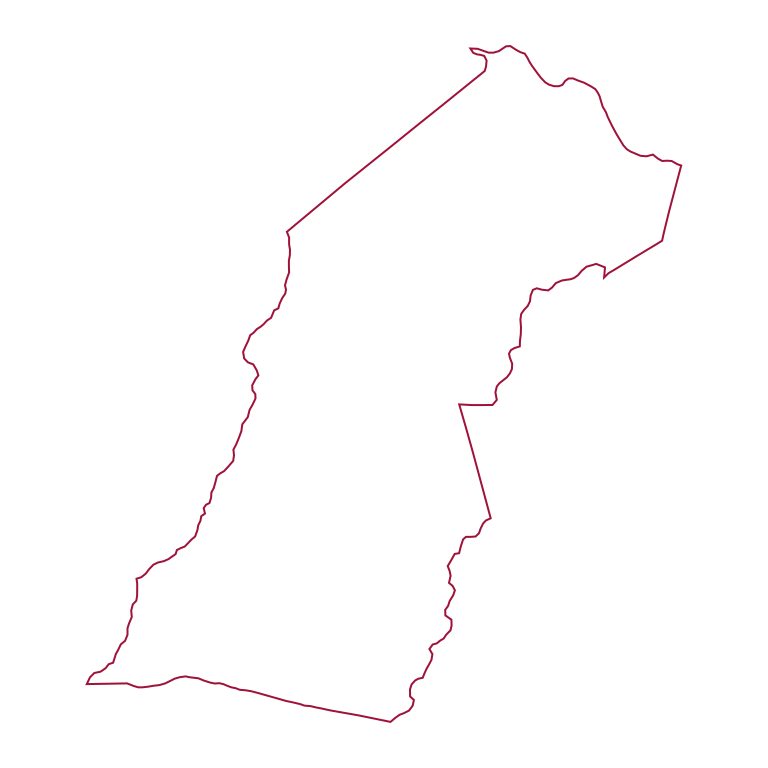 outline of Amontada, Ceará, Brazil
{"feature_id": "56859067B90853545828337", "entity_name": "Amontada", "entity_type": "district", "adm_level": 2, "iso_a3": "BRA", "parent_name": "Brazil", "parent_adm1": "Ceará", "projection": "natural_earth1", "projection_center": [-39.792, -3.231], "detail": "fine", "context": "isolated", "style": "outline", "palette": "rose", "viewbox_px": 768, "rotation_deg": 0, "n_neighbors": 0, "source": "geoboundaries", "source_scale": "gbopen_adm2", "svg_char_len": 3770}
<svg xmlns="http://www.w3.org/2000/svg" viewBox="0 0 768 768"><path d="M203.7,508.2L205.0,513.6L201.3,516.1L200.4,520.9L198.2,525.4L197.4,530.2L195.1,536.5L191.3,539.7L187.9,543.3L184.7,546.6L181.0,548.0L176.9,550.0L175.6,554.1L172.0,556.6L168.5,559.1L164.0,561.1L158.0,562.5L153.4,564.7L149.0,569.3L145.8,573.6L141.3,577.2L136.5,578.7L137.2,583.5L137.2,588.9L137.1,596.0L136.3,600.7L132.8,604.4L131.2,610.6L131.8,617.0L129.1,623.3L127.5,628.3L127.5,634.8L125.1,640.8L120.8,644.4L118.0,650.2L115.8,654.1L114.6,658.1L113.1,662.7L108.7,664.2L105.5,668.3L100.5,671.7L94.3,673.0L90.0,677.3L86.8,684.1L127.1,683.4L133.7,686.0L138.2,687.3L142.5,687.3L148.0,686.7L153.9,685.7L159.3,685.1L165.2,683.4L170.5,680.8L174.6,678.7L179.7,677.2L185.7,676.4L190.0,677.3L194.2,677.8L198.4,678.3L203.7,680.5L209.9,682.5L214.6,683.5L219.5,683.2L223.5,684.2L227.3,685.8L231.2,687.3L235.7,688.2L239.8,689.8L245.8,690.3L251.6,691.3L258.0,693.0L285.9,700.9L295.2,702.9L300.8,704.3L304.3,705.6L310.4,706.1L315.9,707.4L322.1,708.6L327.9,709.9L331.4,710.6L358.7,715.4L390.5,721.9L395.0,718.1L399.7,714.7L403.6,713.3L409.0,710.6L412.7,705.6L413.9,700.0L410.1,696.5L410.0,689.4L411.6,684.4L415.1,680.5L418.4,678.7L422.7,677.8L424.8,672.6L426.7,668.5L429.3,664.0L431.5,659.7L432.4,654.1L429.4,649.0L432.7,644.5L436.8,643.4L440.3,640.5L443.6,638.6L446.3,634.6L450.5,630.3L451.6,625.5L451.4,619.7L445.4,615.4L445.2,609.9L448.1,605.9L449.7,600.9L453.2,595.3L454.9,590.3L452.6,585.9L449.0,582.9L450.6,575.8L449.6,570.9L447.7,566.1L451.1,560.4L454.7,553.9L459.1,553.2L460.8,546.4L463.1,539.4L465.9,536.9L469.8,536.9L475.6,536.5L479.0,533.2L480.6,528.6L483.1,523.5L486.0,520.4L490.7,518.3L473.2,453.5L469.2,439.2L465.5,426.1L459.2,404.4L472.5,405.1L492.5,405.0L496.8,399.9L495.4,392.4L496.8,386.5L499.3,383.3L503.0,380.4L506.9,377.3L509.9,373.4L511.9,369.1L512.2,363.7L509.9,357.8L509.0,353.7L510.9,350.1L514.6,348.0L519.8,346.4L520.0,340.6L520.8,334.2L521.0,327.2L520.4,319.5L521.2,313.9L524.1,309.8L527.7,306.0L530.0,301.2L530.6,295.6L532.9,289.9L536.8,288.3L541.9,289.7L548.2,290.4L552.1,287.5L555.8,283.1L561.9,280.5L566.3,279.8L570.2,279.3L573.9,278.1L578.0,275.2L581.6,270.9L586.5,266.7L591.5,265.3L596.2,263.9L601.5,266.0L605.0,267.4L604.1,277.5L608.5,273.2L614.0,270.0L637.2,255.8L658.6,242.9L662.1,240.7L663.7,233.4L666.0,223.9L669.3,210.5L681.2,165.5L677.3,164.2L671.7,161.0L666.9,160.7L662.2,161.0L658.1,158.7L652.9,154.6L646.5,156.3L640.6,155.8L636.3,154.0L630.6,151.6L626.9,149.3L623.4,145.4L619.1,138.4L616.4,133.9L612.1,126.0L607.6,116.7L606.0,112.3L602.7,106.7L601.1,101.5L599.6,96.3L597.8,92.7L595.3,89.1L591.0,86.4L584.1,82.7L577.9,80.5L573.0,78.4L568.5,78.5L565.2,80.9L562.4,84.9L558.9,86.2L554.0,86.2L548.9,84.6L545.2,82.3L540.9,77.8L538.4,74.6L532.1,66.0L529.4,61.7L527.5,57.9L524.7,53.6L520.4,52.2L515.9,49.7L510.4,46.1L506.1,46.3L502.6,48.6L498.9,51.1L493.4,52.7L488.7,52.7L483.5,50.9L477.6,48.8L470.4,48.5L473.3,52.9L476.8,54.3L480.6,54.9L484.2,55.9L486.6,60.6L486.0,66.7L484.7,71.0L445.2,102.9L418.1,124.6L389.5,147.7L345.5,182.9L286.9,231.8L289.1,237.5L289.1,244.4L290.0,249.9L289.8,255.6L288.9,260.6L288.9,266.2L289.1,272.5L286.5,279.7L285.0,285.4L286.0,289.7L285.2,293.7L282.2,298.1L279.7,303.5L278.3,308.4L274.2,310.3L271.1,317.8L267.0,320.5L263.5,324.3L260.5,326.8L257.0,329.0L253.5,332.8L250.2,335.2L248.3,340.6L245.5,346.4L243.1,351.9L244.2,358.5L248.0,362.4L253.3,364.4L256.8,370.5L258.4,375.4L255.4,379.3L252.2,385.4L252.5,390.4L255.3,394.0L255.5,398.5L252.7,404.4L249.6,409.8L247.8,417.1L242.3,424.3L241.4,431.0L240.0,434.9L238.2,439.6L235.9,445.0L233.4,449.6L234.0,455.2L233.2,460.9L227.9,467.0L224.1,471.1L220.3,473.3L217.0,475.9L215.4,482.2L213.8,488.0L211.4,492.5L211.1,497.7L209.5,503.0L206.0,504.8L203.7,508.2Z" fill="none" stroke="#9f1239" stroke-width="2"/></svg>